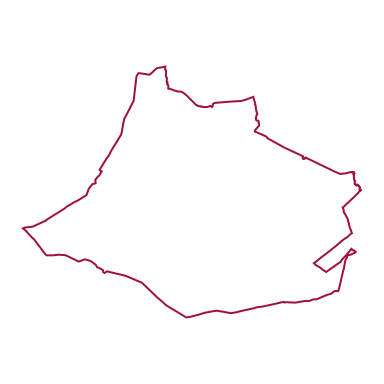 outline of Flå nor, Buskerud, Norway
{"feature_id": "86288312B73826406337019", "entity_name": "Flå nor", "entity_type": "district", "adm_level": 2, "iso_a3": "NOR", "parent_name": "Norway", "parent_adm1": "Buskerud", "projection": "albers", "projection_center": [9.702, 60.434], "detail": "fine", "context": "isolated", "style": "outline", "palette": "rose", "viewbox_px": 384, "rotation_deg": 0, "n_neighbors": 0, "source": "geoboundaries", "source_scale": "gbopen_adm2", "svg_char_len": 5682}
<svg xmlns="http://www.w3.org/2000/svg" viewBox="0 0 384 384"><path d="M165.4,66.6L163.7,67.0L157.0,68.1L153.2,71.4L152.7,72.1L149.5,74.7L138.8,73.1L138.5,73.1L138.3,73.4L136.5,76.3L133.6,101.0L130.9,106.1L130.1,107.9L124.1,119.2L121.5,133.3L120.7,135.5L120.0,136.3L116.7,142.0L113.2,147.4L110.2,152.7L109.0,155.2L107.5,157.4L107.1,157.8L106.2,159.2L103.3,163.7L102.3,165.6L101.4,166.8L100.8,167.9L99.6,169.9L101.6,171.3L101.2,171.7L101.4,171.9L101.0,172.4L99.7,174.7L99.1,175.6L97.9,176.5L97.6,177.0L97.2,177.6L95.3,179.7L95.6,183.3L92.4,184.1L92.1,184.5L88.7,188.9L86.5,195.1L77.5,200.7L73.6,202.5L70.0,204.9L67.5,206.1L64.5,208.6L48.1,218.8L45.4,220.8L32.6,226.7L25.0,227.5L23.0,228.4L26.1,231.0L28.4,233.7L32.3,237.8L34.3,239.6L42.9,251.0L44.2,252.7L45.9,254.8L46.7,255.3L53.6,255.3L58.2,254.7L65.5,255.2L78.8,261.6L84.9,259.3L90.4,260.9L95.6,264.6L97.2,267.3L98.5,267.6L103.0,270.2L103.2,272.2L104.5,273.0L107.1,271.4L125.5,275.8L141.9,282.7L157.5,297.7L161.4,300.9L166.1,305.2L186.2,317.4L189.6,317.0L198.6,314.7L204.6,312.8L214.9,310.9L216.5,310.7L218.8,311.0L219.7,311.3L222.4,311.6L226.8,312.5L227.7,312.6L231.0,313.2L235.2,312.5L244.7,310.2L253.8,308.3L256.2,307.4L262.8,306.5L273.6,304.2L283.3,301.9L283.7,301.9L284.6,302.6L285.9,302.2L286.9,302.2L287.3,302.1L289.1,302.4L290.2,302.4L290.4,302.4L290.7,302.5L290.9,302.4L295.4,302.6L298.0,302.2L305.1,300.9L306.9,301.0L309.9,300.8L311.3,300.2L312.7,299.5L314.5,299.3L316.4,299.4L325.7,295.4L329.7,294.1L330.8,294.0L334.1,291.4L335.1,291.0L336.5,291.0L337.4,291.2L338.2,291.1L338.9,289.0L339.4,287.1L339.9,285.3L340.7,281.5L342.6,273.3L342.8,272.4L343.5,269.7L343.5,269.3L343.6,269.2L343.8,269.0L344.1,267.6L344.9,262.5L345.5,260.0L346.0,259.2L346.6,258.1L347.0,257.0L347.0,256.6L347.4,255.8L348.8,255.0L349.5,255.0L351.5,254.3L351.7,254.1L353.4,253.4L354.5,253.0L355.5,252.3L355.8,251.8L354.7,251.3L354.3,250.6L353.3,250.5L352.7,249.9L352.1,249.8L351.9,249.2L351.4,248.8L348.5,252.3L347.8,253.2L345.4,256.1L343.9,257.6L342.0,259.5L341.3,260.6L341.0,261.4L340.5,262.0L337.9,263.7L326.1,272.0L324.5,270.8L323.7,270.5L319.8,267.3L316.7,265.6L315.4,264.7L313.9,263.1L316.6,261.2L318.0,260.0L321.0,257.6L331.4,249.6L336.7,245.3L340.5,242.0L344.3,238.9L347.3,237.1L347.8,236.6L349.5,235.0L351.2,233.7L351.3,233.5L351.9,233.2L351.4,232.2L351.3,231.4L350.8,229.8L350.0,228.2L349.7,227.1L349.0,224.9L348.9,223.8L348.8,223.0L348.0,220.9L348.0,220.0L347.5,218.4L345.7,215.3L345.4,214.6L344.6,213.5L343.7,211.8L343.7,211.2L343.7,210.5L343.6,210.1L343.6,209.5L343.2,208.8L342.7,207.4L343.2,207.2L344.7,205.9L347.2,203.3L348.5,202.3L350.2,200.5L352.3,198.7L356.6,194.4L357.7,193.6L358.2,192.9L358.8,191.9L361.0,190.3L360.8,190.0L360.4,189.9L360.3,190.1L360.0,190.1L359.7,189.8L359.9,189.7L359.8,189.4L359.7,188.8L360.0,188.5L360.0,188.3L360.1,188.1L359.7,187.9L359.7,187.7L359.8,187.1L359.6,186.9L359.5,186.7L359.4,186.5L359.2,186.4L359.2,186.1L359.0,185.9L358.8,185.9L358.8,185.7L358.0,185.4L357.8,185.0L357.8,184.8L357.6,184.6L357.0,184.7L357.0,185.0L356.8,185.1L356.7,185.3L356.5,185.5L356.2,185.3L355.8,185.2L355.6,185.0L355.5,184.8L355.5,184.7L355.3,184.5L355.3,184.3L355.2,184.2L354.9,184.2L354.7,184.0L354.7,183.7L354.7,183.4L354.7,183.2L354.8,183.2L354.7,183.0L354.8,182.7L354.9,182.4L354.9,181.9L354.8,181.6L354.7,181.1L354.8,180.8L354.4,180.7L354.3,180.4L354.4,180.2L354.4,179.8L354.1,179.3L354.2,179.2L353.8,177.8L353.9,177.5L354.0,177.4L353.9,177.2L353.9,176.9L353.9,176.6L353.9,176.4L353.9,176.2L354.0,175.5L353.8,174.5L353.8,174.4L353.7,174.3L353.8,174.2L353.7,174.2L353.8,174.0L353.9,173.3L353.9,173.2L353.7,172.9L353.8,172.7L353.7,172.7L353.8,172.6L353.9,172.4L353.8,172.1L353.6,172.0L349.9,172.2L346.5,173.2L340.3,174.0L334.3,171.4L305.5,157.5L305.0,158.5L304.8,158.6L304.1,159.0L303.8,159.1L303.3,159.0L303.1,158.6L302.7,158.2L302.8,157.7L303.1,157.5L302.7,157.1L302.7,156.7L302.9,156.2L284.7,147.8L267.6,138.3L266.5,136.9L265.8,136.3L257.7,132.7L256.3,132.1L255.4,132.0L254.7,131.0L255.5,129.8L256.4,128.7L257.1,127.8L258.0,126.8L258.8,126.1L259.1,125.6L259.1,125.3L259.0,124.2L258.9,123.8L258.6,122.4L258.7,121.4L258.4,120.8L257.9,120.6L257.3,120.6L256.8,120.6L256.1,119.9L255.9,119.5L255.9,118.9L256.1,118.3L255.8,117.9L255.8,117.7L256.0,117.4L256.4,116.2L256.5,115.9L256.4,115.3L256.5,115.1L257.1,114.6L257.2,114.2L257.4,113.8L257.4,113.5L257.2,113.1L256.8,112.7L256.7,112.0L256.7,111.5L256.3,111.1L256.1,109.3L255.9,108.5L255.9,108.1L255.7,107.7L255.8,107.1L255.9,106.5L255.6,106.0L255.6,105.6L255.4,105.3L255.4,104.8L255.3,104.5L255.0,104.2L255.2,103.7L255.0,103.0L254.3,100.3L253.8,98.7L253.7,98.4L253.6,97.9L253.4,96.9L251.9,97.4L244.9,100.0L242.4,100.6L240.7,101.0L230.9,101.6L215.7,102.8L214.7,103.0L213.2,103.7L212.9,104.1L212.8,104.7L212.7,104.9L212.8,105.6L212.7,105.9L212.5,106.1L212.5,106.6L211.8,107.0L211.3,106.4L211.0,106.2L210.1,106.1L209.4,106.3L207.9,106.8L206.1,107.1L204.3,107.0L203.5,107.1L202.6,106.7L201.9,106.8L201.3,106.7L201.1,106.3L200.9,106.2L200.1,106.3L199.2,106.1L198.1,106.1L197.8,105.7L197.0,105.1L196.5,105.1L195.8,104.7L186.4,95.2L184.4,93.6L182.4,92.2L181.6,91.8L180.9,91.6L176.8,91.4L176.1,90.9L174.6,90.7L174.3,90.4L173.6,90.3L170.1,88.8L169.1,88.8L168.3,88.7L168.3,88.4L168.3,88.1L168.3,87.1L168.4,86.3L168.4,86.0L168.1,85.8L168.1,85.7L168.1,85.3L168.0,85.0L167.9,84.7L167.4,84.5L167.2,84.3L167.1,83.8L167.3,83.5L167.4,83.1L167.4,82.9L167.1,82.6L167.4,82.1L167.2,81.9L166.8,81.5L166.6,81.2L166.6,80.9L166.8,80.1L166.9,79.6L166.7,78.9L166.8,78.4L166.9,77.9L166.6,77.7L166.4,77.6L166.3,76.9L166.0,76.3L165.9,75.6L166.1,71.4L165.9,70.2L165.8,69.9L165.6,69.7L165.2,69.7L165.2,68.9L165.2,68.2L165.2,67.3L165.4,66.9L165.4,66.6Z" fill="none" stroke="#9f1239" stroke-width="2"/></svg>